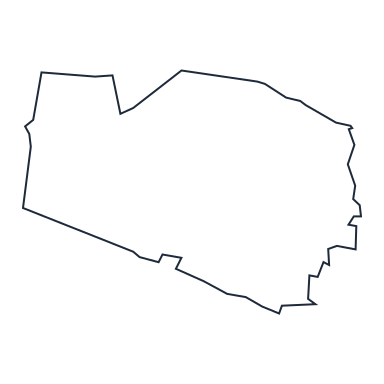 the district of Williamson, Tennessee, United States of America
{"feature_id": "52423323B14548385416818", "entity_name": "Williamson", "entity_type": "district", "adm_level": 2, "iso_a3": "USA", "parent_name": "United States of America", "parent_adm1": "Tennessee", "projection": "orthographic", "projection_center": [-86.823, 35.875], "detail": "fine", "context": "isolated", "style": "outline", "palette": "slate", "viewbox_px": 384, "rotation_deg": 0, "n_neighbors": 0, "source": "geoboundaries", "source_scale": "gbopen_adm2", "svg_char_len": 724}
<svg xmlns="http://www.w3.org/2000/svg" viewBox="0 0 384 384"><path d="M29.3,134.0L30.8,146.7L23.0,208.0L133.2,251.7L139.6,257.1L158.6,262.2L162.5,254.5L181.4,257.8L175.9,268.8L203.7,281.2L227.2,293.9L245.8,297.1L262.3,306.6L279.1,313.5L281.9,305.7L315.4,304.2L308.1,298.9L309.4,275.4L317.7,276.9L323.5,262.1L329.1,265.0L328.2,249.0L336.9,245.9L355.6,249.4L356.3,226.1L348.5,224.7L353.8,216.4L361.0,216.4L359.7,205.2L353.2,199.1L355.2,185.7L347.8,164.3L354.4,144.9L348.8,129.2L352.2,128.1L350.5,125.8L336.0,122.6L305.7,105.1L300.3,101.0L286.1,97.6L264.9,83.9L257.4,81.6L181.5,70.5L133.2,108.0L120.4,113.8L112.5,75.4L95.1,76.6L41.5,72.4L33.2,119.9L25.1,126.4L29.3,134.0Z" fill="none" stroke="#1e293b" stroke-width="2"/></svg>